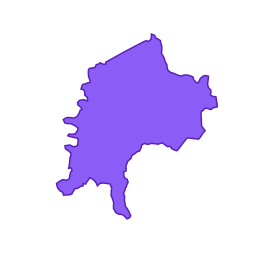 Redenção da Serra, São Paulo, Brazil, rotated 124°
{"feature_id": "56859067B72964394326652", "entity_name": "Redenção da Serra", "entity_type": "district", "adm_level": 2, "iso_a3": "BRA", "parent_name": "Brazil", "parent_adm1": "São Paulo", "projection": "albers", "projection_center": [-45.504, -23.25], "detail": "fine", "context": "isolated", "style": "filled", "palette": "violet", "viewbox_px": 256, "rotation_deg": 124, "n_neighbors": 0, "source": "geoboundaries", "source_scale": "gbopen_adm2", "svg_char_len": 2887}
<svg xmlns="http://www.w3.org/2000/svg" viewBox="0 0 256 256"><g transform="rotate(124 128 128)"><path d="M40.1,90.2L41.0,92.9L42.7,94.6L46.2,95.7L48.7,95.4L51.2,95.0L52.1,97.2L51.3,100.4L49.4,102.7L49.9,105.8L51.0,108.6L52.8,111.2L55.0,112.7L56.1,115.3L56.7,118.3L57.2,121.0L58.1,123.6L57.8,127.3L55.7,129.7L53.8,131.1L52.5,133.8L50.3,136.6L48.8,138.8L47.9,141.1L46.6,142.6L44.7,143.4L42.1,145.1L40.2,146.8L39.2,148.6L37.4,149.9L37.4,152.4L37.9,154.7L36.3,158.1L37.1,161.1L39.4,159.6L41.8,158.5L44.9,159.6L45.4,161.7L47.5,163.1L50.4,164.7L64.2,172.2L66.6,173.4L85.7,183.2L87.3,182.0L88.9,184.1L89.5,187.6L91.5,188.2L93.1,189.7L96.5,189.3L98.3,191.4L100.4,193.4L102.3,193.1L105.4,191.1L107.3,189.5L109.5,186.6L111.2,184.8L113.1,186.6L115.4,188.2L117.1,189.9L119.4,189.6L122.1,188.6L121.2,186.5L122.1,184.1L124.9,182.3L125.4,178.7L128.2,176.7L129.3,180.6L132.2,183.6L135.0,184.1L136.8,182.5L137.2,178.8L138.3,176.6L140.1,177.6L142.3,176.9L146.4,176.6L148.9,177.6L150.5,179.2L151.6,181.5L153.1,184.0L154.7,185.3L157.2,186.4L159.1,183.3L158.2,180.5L156.3,177.7L155.8,173.1L155.8,169.4L158.2,168.5L162.4,168.5L164.6,171.1L166.1,173.6L168.1,173.6L167.3,170.7L166.1,167.6L164.8,164.5L165.7,162.4L168.3,161.3L171.1,159.9L174.0,162.5L174.6,166.7L176.4,168.7L178.0,170.3L180.2,168.3L180.2,165.0L180.8,161.1L183.1,159.8L185.0,159.5L187.1,158.3L189.4,157.1L191.3,156.0L194.7,154.7L192.9,153.0L194.4,150.7L197.0,150.8L199.8,149.7L203.2,148.3L206.0,150.0L207.1,153.1L209.2,154.3L211.0,155.2L214.0,156.2L215.8,154.4L217.1,152.6L218.1,149.6L217.9,146.2L219.7,143.8L217.7,141.3L215.9,139.0L214.0,137.7L211.3,137.9L208.1,138.1L206.0,135.9L203.0,134.7L201.2,132.9L199.2,134.0L198.2,131.8L195.5,132.0L193.0,131.8L190.8,132.1L190.2,129.3L190.5,125.8L191.6,123.2L193.1,121.0L189.8,120.4L187.5,117.9L185.9,114.7L184.4,111.4L185.9,109.6L187.1,107.7L189.2,106.9L191.0,105.6L193.3,104.4L195.6,101.0L197.9,98.1L200.6,96.6L202.9,94.9L205.0,90.9L204.7,87.7L203.0,84.5L203.0,81.9L203.9,78.1L201.7,76.6L199.3,76.6L197.9,78.8L196.5,81.0L195.1,84.0L194.5,86.3L192.7,87.8L189.9,90.6L186.4,92.7L184.6,95.3L181.8,95.6L179.6,96.5L177.6,96.5L175.7,97.2L172.8,97.6L171.1,99.8L171.1,103.2L169.3,105.2L166.9,107.1L164.8,105.6L162.8,106.7L161.2,108.2L159.0,108.8L155.8,109.6L153.5,109.0L151.1,108.5L149.1,109.4L147.1,108.8L145.0,107.8L142.9,107.4L140.9,105.6L138.5,105.8L136.4,106.3L134.3,107.2L131.7,105.8L130.6,102.6L127.7,100.0L126.2,97.3L124.5,93.9L121.2,91.4L121.2,88.1L121.4,85.0L119.5,82.6L120.7,80.5L120.2,76.7L119.3,74.5L109.9,74.0L103.3,73.5L101.7,71.0L100.6,68.5L99.3,66.3L97.8,63.3L95.4,62.9L91.2,63.0L87.0,62.6L86.3,65.0L85.2,68.1L82.0,70.5L79.5,72.2L77.4,74.0L74.1,76.3L71.2,75.6L68.4,75.1L67.2,72.7L66.5,69.8L63.4,68.5L60.6,65.8L58.7,67.1L56.4,69.4L54.5,71.1L52.9,72.7L54.2,74.8L54.7,78.0L51.7,79.4L50.1,80.7L49.5,84.1L46.9,86.7L42.7,88.8L40.1,90.2Z" fill="#8b5cf6" stroke="#5b21b6" stroke-width="1.5"/></g></svg>